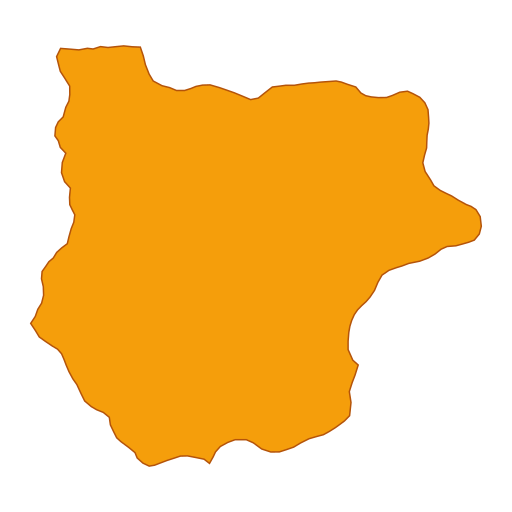 Romaria, Minas Gerais, Brazil
{"feature_id": "56859067B48307844674994", "entity_name": "Romaria", "entity_type": "district", "adm_level": 2, "iso_a3": "BRA", "parent_name": "Brazil", "parent_adm1": "Minas Gerais", "projection": "orthographic", "projection_center": [-47.56, -18.907], "detail": "fine", "context": "isolated", "style": "filled", "palette": "amber", "viewbox_px": 512, "rotation_deg": 0, "n_neighbors": 0, "source": "geoboundaries", "source_scale": "gbopen_adm2", "svg_char_len": 2484}
<svg xmlns="http://www.w3.org/2000/svg" viewBox="0 0 512 512"><path d="M30.7,323.4L35.5,330.7L39.3,337.0L45.3,341.3L52.4,346.1L57.5,349.1L61.6,353.8L64.1,359.6L66.3,365.4L69.0,371.7L72.9,378.9L76.9,384.6L81.0,393.5L84.7,401.0L91.3,406.6L96.6,409.7L103.3,412.4L109.3,417.3L110.4,424.9L113.5,431.4L116.7,437.8L121.0,441.7L128.7,447.4L135.0,452.6L137.2,458.0L142.9,463.1L149.2,466.1L154.6,465.2L159.8,463.2L166.9,460.5L174.6,458.0L180.3,456.1L187.5,455.9L196.8,457.7L204.1,459.2L209.5,463.4L213.2,456.8L215.5,451.9L220.3,446.5L227.8,442.4L235.1,439.7L246.3,439.7L253.3,442.8L261.7,449.0L270.8,452.0L279.4,451.9L286.8,449.5L293.7,447.1L300.5,443.0L309.1,438.7L316.7,436.5L323.4,434.7L329.4,431.4L335.1,427.8L339.7,424.5L344.5,420.9L349.6,415.7L351.0,402.5L349.3,391.6L352.2,382.5L355.0,375.2L358.2,365.0L352.8,360.2L350.5,355.0L348.1,349.6L348.1,341.2L348.8,332.4L349.9,326.2L351.7,320.4L354.3,314.6L357.6,309.8L361.7,305.6L366.0,301.7L370.0,297.1L374.5,290.4L377.9,282.3L382.0,275.1L389.0,270.3L396.6,267.6L401.9,266.0L408.8,263.4L419.7,261.2L428.2,258.0L435.1,254.0L441.1,249.2L447.1,246.5L455.9,245.8L462.5,244.0L468.8,242.2L474.3,240.1L479.3,234.0L481.3,226.3L480.2,216.6L476.0,209.7L471.1,206.4L466.2,204.5L458.3,200.2L451.7,196.0L446.0,193.3L440.2,190.4L433.9,185.8L430.6,180.0L425.1,171.5L422.8,162.8L424.6,154.9L426.6,148.0L426.8,141.6L427.1,135.3L428.3,129.1L428.9,123.2L428.6,117.5L428.0,109.7L424.8,102.7L419.8,97.3L412.8,93.6L407.5,91.2L399.8,92.2L392.3,95.5L386.5,97.5L378.3,97.6L371.2,96.9L365.7,95.7L360.9,93.0L355.8,87.0L347.4,84.3L341.4,82.1L336.1,81.0L329.2,81.5L320.6,82.1L314.0,82.8L308.6,83.1L301.8,84.0L294.3,85.3L285.7,85.3L279.8,86.1L272.3,87.0L264.9,92.8L258.3,98.1L250.6,99.6L242.8,96.3L234.3,92.8L227.2,90.3L219.4,87.6L210.1,84.9L202.6,85.1L196.0,86.4L190.9,88.5L184.6,90.5L176.5,90.5L169.6,87.6L162.0,85.7L153.2,81.0L149.1,74.1L145.4,64.7L143.3,55.9L140.3,47.1L132.5,46.8L123.7,45.9L116.5,46.6L108.0,47.5L100.5,46.6L93.1,49.0L87.4,48.3L78.9,49.9L69.6,49.1L60.6,48.4L56.6,56.6L58.6,64.7L60.3,71.3L64.2,77.3L69.7,86.1L69.8,94.6L68.9,101.2L65.8,107.3L63.2,116.9L58.3,121.8L55.6,127.5L54.9,135.9L58.3,140.7L60.3,147.4L65.8,153.2L62.3,162.5L61.5,172.7L64.6,181.7L70.4,188.1L69.5,197.3L69.8,204.7L72.3,209.9L74.8,214.8L73.8,222.2L71.2,228.7L68.9,237.0L67.3,243.7L61.7,247.9L56.7,252.4L53.3,258.0L48.9,261.7L45.8,266.3L42.1,271.5L41.5,278.8L43.3,286.6L43.6,295.3L41.6,303.2L37.8,309.3L35.3,316.4L30.7,323.4Z" fill="#f59e0b" stroke="#b45309" stroke-width="1.5"/></svg>